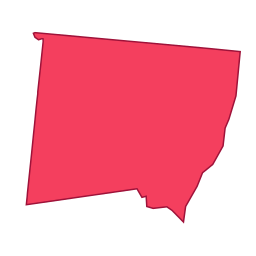 Panola, Texas, United States of America, rotated 186°
{"feature_id": "52423323B10240344188589", "entity_name": "Panola", "entity_type": "district", "adm_level": 2, "iso_a3": "USA", "parent_name": "United States of America", "parent_adm1": "Texas", "projection": "orthographic", "projection_center": [-94.242, 32.184], "detail": "fine", "context": "isolated", "style": "filled", "palette": "rose", "viewbox_px": 256, "rotation_deg": 186, "n_neighbors": 0, "source": "geoboundaries", "source_scale": "gbopen_adm2", "svg_char_len": 608}
<svg xmlns="http://www.w3.org/2000/svg" viewBox="0 0 256 256"><g transform="rotate(186 128 128)"><path d="M221.1,41.1L112.7,68.5L106.9,60.5L102.8,62.0L101.1,51.9L94.6,50.7L81.1,53.7L75.6,50.7L63.0,40.3L62.5,56.0L53.2,77.2L49.2,91.3L39.9,100.7L31.6,120.1L31.4,138.1L28.6,147.2L24.0,171.2L24.4,215.7L55.7,215.5L230.5,213.1L232.0,212.3L230.0,208.5L226.2,206.4L223.0,207.8L221.8,207.8L221.4,205.0L221.4,181.3L221.5,154.7L221.3,152.5L221.4,147.1L221.4,138.8L221.4,135.1L221.3,122.9L221.3,113.7L221.2,92.3L221.2,92.2L221.2,53.1L221.1,49.0L221.1,41.1Z" fill="#f43f5e" stroke="#9f1239" stroke-width="1.5"/></g></svg>